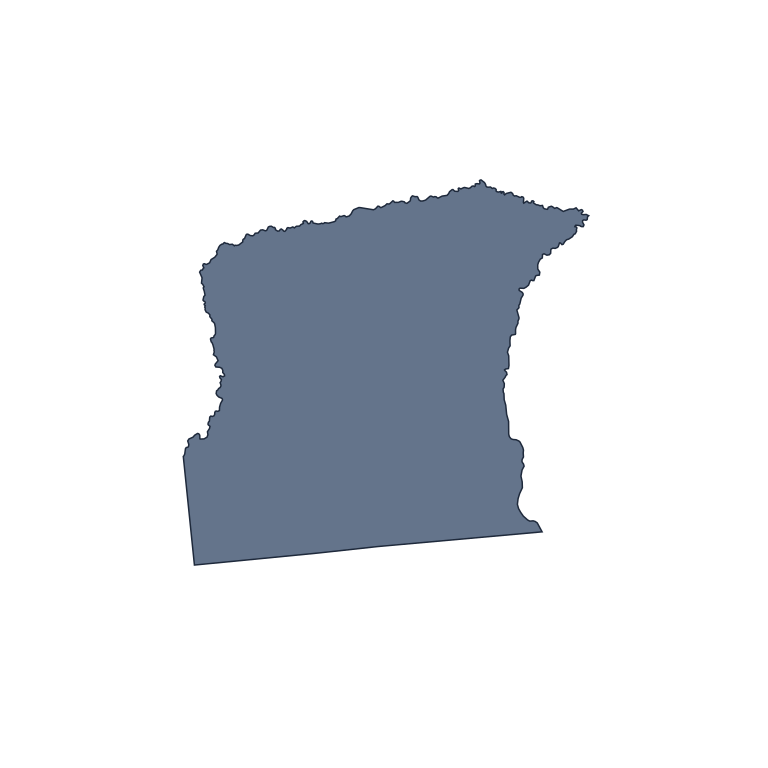 Confluencia, Neuquén, Argentina, rotated 309°
{"feature_id": "61730980B39164148007065", "entity_name": "Confluencia", "entity_type": "district", "adm_level": 2, "iso_a3": "ARG", "parent_name": "Argentina", "parent_adm1": "Neuquén", "projection": "mercator", "projection_center": [-68.398, -38.869], "detail": "fine", "context": "isolated", "style": "filled", "palette": "slate", "viewbox_px": 768, "rotation_deg": 309, "n_neighbors": 0, "source": "geoboundaries", "source_scale": "gbopen_adm2", "svg_char_len": 6171}
<svg xmlns="http://www.w3.org/2000/svg" viewBox="0 0 768 768"><g transform="rotate(309 384 384)"><path d="M559.6,302.2L558.7,301.6L553.1,300.6L550.7,299.0L549.2,297.3L549.1,295.2L550.4,292.8L550.5,291.8L549.1,290.2L548.2,287.8L547.3,287.5L545.2,287.7L543.6,288.8L542.5,289.1L538.8,288.1L538.0,286.2L538.4,285.3L537.5,283.3L536.8,282.3L534.2,280.9L531.8,277.9L532.2,276.3L531.9,275.6L527.7,275.0L527.0,274.6L525.9,272.9L523.4,272.6L519.6,270.9L519.0,270.4L518.9,268.2L518.3,267.3L514.8,267.1L512.8,266.2L506.1,254.5L505.3,253.4L500.5,250.8L498.9,250.7L495.6,251.4L492.7,251.2L490.4,249.7L490.0,249.1L490.1,248.0L489.8,247.0L487.0,245.2L486.5,243.8L483.2,243.6L482.0,242.9L480.4,243.7L479.0,243.3L474.1,239.7L472.0,236.3L470.8,236.1L469.9,235.2L469.7,234.3L468.5,233.7L466.8,232.1L464.5,227.6L465.4,226.2L465.3,225.3L464.4,224.8L462.7,225.3L461.4,224.9L460.9,224.2L461.7,221.5L461.2,219.6L460.5,219.1L458.9,219.0L458.4,220.0L458.0,220.3L455.6,219.1L453.6,219.0L451.4,216.6L448.9,216.1L448.7,214.3L446.1,212.9L445.1,210.9L443.8,210.5L443.0,211.0L440.2,210.9L439.7,209.9L440.0,208.3L439.8,206.6L438.8,206.1L437.2,206.3L435.9,205.3L435.6,202.5L436.6,201.6L436.8,200.4L436.1,199.8L435.7,197.1L434.5,195.9L433.2,195.3L430.0,196.1L428.8,195.8L428.3,195.2L427.5,192.7L425.9,191.2L422.1,191.1L420.1,189.0L418.1,189.2L416.6,188.8L415.2,186.6L414.8,184.0L414.2,183.2L413.5,182.9L409.1,184.1L408.3,183.6L407.2,183.6L405.5,184.8L400.5,183.6L398.8,182.1L398.1,180.9L397.2,180.7L397.2,178.2L395.1,176.1L394.8,174.1L393.7,172.4L393.6,171.1L393.1,170.8L391.3,170.7L390.7,170.0L388.5,169.3L386.2,169.5L383.6,170.4L381.7,170.3L380.0,172.5L379.4,172.7L375.9,172.7L371.9,171.3L368.4,172.2L365.4,170.9L364.9,170.3L364.5,168.8L363.6,168.1L362.0,168.6L360.9,170.9L360.2,170.7L358.4,171.1L357.0,170.0L354.9,170.3L352.0,175.8L347.5,178.7L347.4,180.3L346.3,183.0L345.3,182.9L344.5,183.5L343.1,185.8L340.4,189.0L338.6,188.9L335.3,190.5L335.0,191.6L335.3,192.8L334.8,193.9L334.0,194.2L333.2,193.9L332.5,194.3L332.4,195.8L330.9,196.3L330.6,197.2L329.1,198.2L328.0,200.6L328.5,202.8L328.2,205.1L326.7,206.3L326.0,209.6L324.8,210.4L324.7,213.1L324.3,214.4L321.7,217.5L317.3,221.2L316.2,221.7L314.6,221.6L312.9,222.3L311.0,220.7L309.8,220.8L308.0,223.2L308.0,224.1L306.9,226.2L304.1,230.1L303.3,230.5L302.1,231.9L299.4,233.0L299.6,236.7L297.7,240.4L293.4,240.3L292.1,240.8L291.4,242.6L293.6,245.8L294.1,248.1L293.1,250.2L291.4,251.5L291.0,253.9L290.0,255.0L288.3,254.3L287.4,251.6L286.4,251.5L285.5,252.6L285.1,254.9L283.4,255.7L281.9,255.8L280.6,257.9L279.8,258.5L278.2,258.9L276.3,258.3L275.0,258.6L273.3,258.2L270.9,259.6L270.1,261.4L269.9,263.8L270.8,266.9L270.6,267.8L269.9,268.6L266.2,269.2L262.6,270.7L259.8,272.8L258.2,272.1L257.4,270.6L256.6,270.1L255.2,270.5L253.9,271.5L252.3,271.9L250.8,271.1L250.1,269.6L248.6,269.4L245.2,271.7L243.8,271.6L242.3,272.3L241.7,272.9L241.6,275.4L239.6,276.4L235.8,276.8L233.7,279.1L231.3,279.9L228.1,278.7L225.8,276.1L225.5,275.4L228.0,273.3L228.6,272.3L228.7,271.2L228.2,270.2L225.1,269.1L222.4,269.0L218.5,267.0L216.2,267.3L214.2,270.3L212.6,271.3L211.5,271.4L210.2,270.3L208.8,270.4L204.2,273.2L202.3,273.7L201.4,273.6L124.0,350.6L211.9,439.9L253.5,481.2L368.6,599.9L372.5,590.5L372.3,587.9L371.5,586.0L369.2,583.6L368.7,581.1L369.0,575.4L370.3,570.9L371.8,567.1L374.4,563.4L379.2,560.4L384.1,558.4L390.5,556.8L394.9,553.0L398.6,548.4L404.1,545.4L408.3,544.6L409.6,542.8L410.2,540.7L410.9,539.7L412.4,538.8L415.1,538.3L418.0,535.6L420.4,534.0L422.0,531.8L424.5,526.2L424.6,524.8L423.8,521.7L422.2,519.4L421.6,518.0L421.4,517.0L422.0,514.5L423.5,512.5L433.3,504.4L437.6,498.4L444.2,491.9L447.4,487.3L452.0,483.3L452.7,481.9L455.0,479.7L457.1,479.4L460.0,477.3L461.7,474.0L465.3,473.9L467.6,473.4L468.7,473.7L470.2,471.9L470.6,469.0L470.9,468.7L472.3,469.2L474.3,471.0L477.0,469.5L484.4,463.2L486.4,459.9L490.5,458.2L493.0,458.0L496.9,454.6L500.1,452.5L502.3,452.4L505.2,454.8L505.9,454.6L508.8,452.2L510.9,451.0L515.5,449.9L517.2,448.5L519.5,447.9L520.5,447.2L525.1,440.7L528.2,440.9L530.0,439.3L531.6,439.2L537.0,436.6L540.6,436.1L541.5,435.5L541.9,434.8L542.2,433.6L541.8,430.2L542.7,429.2L544.1,429.4L546.3,432.5L548.7,433.5L551.8,434.1L556.3,432.6L557.6,433.3L557.9,434.5L558.7,435.4L563.3,433.9L564.3,434.2L566.4,436.2L569.0,434.7L570.1,431.2L573.3,428.5L575.8,427.5L579.3,426.9L581.6,427.7L584.4,425.7L585.9,426.4L586.6,429.5L588.4,431.1L590.4,431.3L593.4,429.1L594.3,429.0L595.9,429.8L597.1,431.7L599.4,432.9L600.6,432.9L604.1,431.6L604.6,432.4L604.3,434.6L605.4,435.3L608.5,434.9L611.0,435.1L612.9,436.4L617.0,437.7L619.8,437.4L621.1,438.1L624.0,437.5L624.8,436.5L626.7,435.7L627.0,434.3L626.4,433.3L627.5,433.0L628.1,433.1L629.6,435.3L630.4,436.8L630.3,437.5L630.7,438.6L631.7,439.8L633.5,439.3L634.7,436.4L636.0,435.5L637.3,436.0L638.4,437.9L639.1,438.3L639.7,438.4L642.2,436.9L643.6,437.2L643.0,434.4L641.0,432.3L640.3,430.8L640.9,429.9L643.3,430.1L644.0,428.8L643.7,427.6L641.1,426.3L641.8,422.4L639.1,421.1L636.7,418.1L630.9,414.7L630.0,407.8L629.7,407.1L627.9,406.2L627.8,403.4L627.4,402.1L624.8,400.5L622.8,401.1L622.4,400.9L621.1,398.3L621.2,396.9L622.5,394.8L620.7,393.0L620.1,391.0L619.1,389.5L618.8,386.3L619.0,385.9L620.1,385.7L620.1,384.4L619.0,383.6L617.5,384.2L616.7,383.8L615.9,382.3L616.2,380.5L616.1,380.0L612.5,378.8L612.8,378.1L616.2,375.8L616.7,374.9L616.7,374.1L616.2,373.1L615.4,373.0L614.5,372.1L613.5,368.3L612.2,367.1L612.1,365.6L613.0,364.0L612.9,362.0L609.0,359.1L606.9,358.7L607.0,357.9L608.4,356.7L608.5,355.5L607.8,355.0L606.6,355.4L606.2,355.1L606.3,354.6L607.0,354.3L607.2,353.6L605.1,352.1L604.5,350.8L604.5,349.7L605.8,348.7L605.9,347.2L605.3,345.8L604.1,345.1L604.1,342.8L602.3,340.9L601.8,339.6L602.0,338.7L603.1,337.2L603.8,335.3L603.7,331.0L603.0,330.4L602.0,330.3L601.0,331.7L600.0,332.3L599.4,332.1L598.3,330.2L596.9,329.1L595.1,330.3L594.5,330.2L594.1,328.8L593.1,327.9L590.8,327.6L589.3,326.8L587.5,323.0L586.7,322.3L584.0,321.0L583.5,319.0L583.1,318.7L582.4,318.8L581.5,320.2L580.1,320.2L578.3,317.6L578.5,315.2L577.9,314.6L574.7,313.9L572.7,314.4L570.3,314.3L566.6,310.9L562.8,309.2L562.2,308.5L562.3,306.7L561.6,305.5L560.5,304.9L559.6,302.2Z" fill="#64748b" stroke="#1e293b" stroke-width="1.5"/></g></svg>